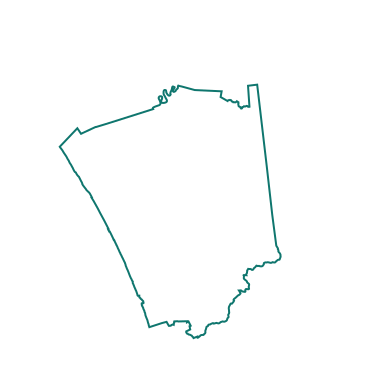 the district of Horowhenua District, Manawatu-Wanganui, New Zealand, rotated 321°
{"feature_id": "76426892B7250308358266", "entity_name": "Horowhenua District", "entity_type": "district", "adm_level": 2, "iso_a3": "NZL", "parent_name": "New Zealand", "parent_adm1": "Manawatu-Wanganui", "projection": "orthographic", "projection_center": [175.297, -40.577], "detail": "fine", "context": "isolated", "style": "outline", "palette": "teal", "viewbox_px": 384, "rotation_deg": 321, "n_neighbors": 0, "source": "geoboundaries", "source_scale": "gbopen_adm2", "svg_char_len": 5951}
<svg xmlns="http://www.w3.org/2000/svg" viewBox="0 0 384 384"><g transform="rotate(321 192 192)"><path d="M223.7,286.8L239.9,260.4L266.5,218.7L310.2,149.6L302.4,144.7L300.7,147.1L290.3,161.9L289.9,161.7L289.2,161.0L289.2,160.8L289.1,160.1L288.7,159.5L288.3,159.3L287.8,159.3L286.9,158.9L286.4,158.1L286.0,158.2L285.3,158.1L284.4,157.6L284.2,157.7L283.8,158.3L283.3,158.4L283.0,158.3L282.7,158.0L282.8,157.6L282.7,157.3L282.9,156.1L282.7,155.9L282.3,154.9L282.3,154.6L282.7,153.9L282.9,153.4L283.5,152.5L284.0,152.3L284.4,151.6L284.2,151.5L284.3,150.6L283.9,149.9L283.9,149.7L282.5,149.8L281.9,149.5L280.9,148.3L280.5,148.2L280.4,147.3L279.9,146.6L280.1,145.8L280.1,145.2L279.5,144.4L279.2,144.4L278.7,143.9L277.9,143.5L277.3,143.5L276.9,143.7L274.0,136.2L278.4,132.4L258.3,114.5L250.3,103.4L249.0,101.8L248.3,100.7L247.7,100.9L246.5,102.2L246.1,102.5L244.2,102.6L243.1,102.9L242.6,103.2L241.5,103.0L241.0,102.8L240.7,102.5L240.6,102.2L240.6,101.7L241.1,101.0L243.7,100.2L244.4,99.7L244.3,99.3L243.6,98.0L243.2,97.9L242.6,98.1L240.8,99.6L239.3,100.4L238.7,100.6L237.2,101.7L236.9,102.2L236.9,102.6L236.4,102.9L235.8,103.1L234.9,102.8L234.5,102.2L234.3,100.8L234.6,98.6L235.1,97.9L235.7,96.7L235.7,96.4L235.3,95.8L234.9,95.5L234.2,95.4L233.8,95.6L233.0,96.2L232.5,96.8L231.7,97.8L231.5,98.3L231.3,98.9L231.2,100.2L230.7,102.4L230.4,104.3L230.2,104.9L229.8,105.5L229.4,105.8L228.7,106.0L228.2,105.9L227.0,105.5L225.7,104.7L224.8,103.8L224.6,103.5L224.8,102.6L225.2,101.9L226.0,101.4L226.9,101.0L227.9,100.2L228.4,99.6L228.6,99.0L228.5,98.6L228.1,98.0L227.4,97.5L226.8,97.3L226.1,97.4L225.8,97.5L225.2,98.0L224.8,98.9L224.6,100.2L224.0,102.1L223.2,103.4L222.5,103.8L221.6,104.0L220.9,103.8L217.3,102.5L215.3,102.0L214.7,102.0L214.3,102.2L214.1,102.6L214.0,103.1L167.9,85.0L158.3,81.1L158.0,80.8L142.4,76.9L143.0,70.3L117.7,73.6L117.6,74.4L117.5,78.0L117.1,80.6L116.7,85.3L116.1,88.2L115.9,90.3L115.6,91.0L115.5,91.8L115.3,92.3L115.1,94.8L114.7,96.7L114.5,98.1L114.1,99.6L113.7,101.5L113.6,102.7L114.0,103.7L113.7,104.9L113.5,106.6L113.5,107.7L113.7,109.0L112.7,113.5L112.4,115.3L111.8,117.0L111.7,117.0L111.5,118.0L111.4,121.4L111.4,122.9L111.2,124.3L111.7,127.9L111.6,129.2L110.8,133.2L110.4,133.1L109.9,137.0L108.4,145.6L107.4,150.4L105.8,159.0L103.9,168.1L103.4,167.9L103.1,169.0L102.8,170.7L103.2,170.8L103.2,171.0L102.6,173.8L101.4,178.8L101.2,179.2L101.0,180.1L101.3,180.2L101.2,180.9L100.8,181.9L100.5,183.4L100.3,183.9L100.1,185.3L99.8,185.8L99.8,186.2L99.6,187.3L99.0,189.1L98.7,190.6L97.9,193.4L97.8,194.4L97.5,194.9L97.2,196.8L96.8,198.2L96.4,200.2L95.7,203.0L95.3,204.9L95.1,205.2L94.9,205.9L94.8,206.1L94.8,206.3L94.1,207.6L93.7,209.1L93.1,210.8L93.0,211.6L92.7,212.5L92.5,213.3L90.9,218.2L90.2,220.8L90.2,221.3L89.6,223.4L89.7,223.7L89.6,224.0L89.6,224.4L88.9,225.1L88.5,225.8L88.4,226.8L88.0,227.8L87.9,228.3L87.3,230.0L87.2,230.6L86.9,231.4L86.9,231.8L86.5,232.9L86.4,233.6L85.2,236.9L84.6,238.1L84.6,238.4L84.7,238.7L85.8,239.4L84.9,240.6L84.8,241.0L85.1,242.0L84.9,242.7L85.3,244.0L85.2,244.7L85.4,246.2L85.3,246.4L84.9,246.7L84.7,247.5L84.4,247.8L84.2,247.8L83.6,247.6L83.2,247.1L82.9,246.9L82.5,247.2L81.7,248.6L81.5,249.0L81.6,249.3L81.6,249.6L81.3,250.3L81.1,251.4L80.7,252.1L80.2,254.3L79.6,255.4L79.4,256.5L78.2,258.6L77.2,261.7L76.7,263.5L75.7,265.6L75.3,266.6L75.2,267.1L74.4,268.6L73.8,270.2L86.3,275.0L90.5,276.9L89.8,281.2L89.9,281.3L89.9,281.6L90.4,281.8L90.7,282.2L91.3,282.4L91.8,282.6L92.4,282.4L93.5,282.9L93.8,282.9L94.2,283.7L95.6,282.4L96.2,281.9L96.3,282.0L96.4,281.9L96.5,281.6L96.8,281.4L99.4,283.3L99.9,284.0L106.8,289.3L106.1,290.1L107.8,290.4L106.8,295.1L105.6,294.8L105.3,295.6L104.8,296.2L104.1,297.7L99.8,296.7L99.2,297.4L99.0,298.8L99.5,299.4L99.5,299.8L99.7,300.6L100.5,301.5L101.4,303.5L101.3,304.6L101.6,305.9L101.4,306.2L101.3,306.5L105.4,307.8L105.2,308.3L104.8,308.8L105.2,309.0L107.4,309.0L108.1,308.8L108.5,308.8L109.3,309.1L110.4,309.8L110.8,310.2L111.1,310.3L111.6,310.1L112.1,310.1L112.7,310.0L113.0,310.1L113.8,309.8L114.1,309.5L114.8,308.5L115.1,308.2L116.6,307.3L118.2,306.1L118.6,305.9L119.9,306.2L121.1,305.6L121.8,305.7L122.6,306.3L124.0,306.5L125.8,307.1L126.1,308.0L128.6,309.1L129.4,310.2L129.8,310.7L130.3,311.0L130.9,311.2L132.3,311.1L133.5,311.6L134.1,311.7L134.4,311.9L135.1,312.8L135.6,313.2L136.8,313.6L137.8,313.7L138.6,313.5L140.0,312.5L141.3,312.3L141.7,312.2L142.0,311.8L142.7,310.4L143.1,310.1L144.3,309.7L144.9,309.2L145.2,308.9L145.3,308.5L145.8,308.0L147.4,305.5L147.9,305.0L148.7,304.4L151.7,303.1L152.1,303.2L152.6,303.8L152.8,303.9L155.3,303.4L156.3,302.9L156.3,302.1L156.5,301.9L157.3,301.6L158.0,301.6L159.6,301.6L162.1,301.4L163.0,301.4L164.2,301.7L165.7,301.4L166.0,301.2L166.2,300.4L166.2,299.8L166.4,299.1L166.5,298.1L167.4,298.8L168.1,299.2L168.3,300.1L168.6,301.0L169.6,302.2L170.3,302.9L170.6,303.0L171.0,302.8L171.2,302.6L171.6,301.8L172.2,301.5L172.7,301.4L173.0,301.5L173.8,302.2L174.5,303.0L175.0,303.2L175.4,303.1L176.4,301.4L176.6,301.3L176.7,301.1L178.0,300.1L178.3,299.5L178.4,299.1L178.2,298.3L178.0,297.0L178.1,296.7L178.3,296.3L178.4,295.6L178.2,294.4L177.9,293.3L177.8,292.2L178.0,291.6L179.6,289.9L179.7,289.2L180.1,289.2L180.4,289.6L181.9,290.9L182.1,290.3L182.2,290.1L182.9,289.8L183.8,289.5L184.3,288.9L185.3,288.1L185.5,287.7L186.6,287.4L187.3,287.1L187.8,287.7L188.9,288.6L189.2,289.0L189.6,290.3L190.2,290.7L190.9,290.7L192.2,290.2L193.8,290.2L195.7,289.8L195.9,289.9L196.1,290.4L196.6,291.0L197.6,291.6L198.1,292.5L198.5,292.9L199.5,293.7L200.3,293.9L200.9,293.8L202.3,293.4L203.0,292.6L203.3,292.5L204.6,292.8L205.6,293.7L206.3,294.0L207.1,294.7L208.4,296.4L208.7,296.7L209.5,297.1L210.4,297.2L211.4,298.4L212.0,298.9L212.6,299.0L213.8,298.8L215.9,298.8L216.7,299.1L217.3,299.6L217.6,299.6L220.1,298.1L220.6,297.2L221.1,296.8L221.5,295.9L221.7,294.4L221.7,294.0L221.6,293.6L221.6,293.2L221.7,292.6L221.8,292.4L222.3,291.9L222.6,291.3L222.7,290.5L223.1,290.2L223.3,289.8L223.7,286.8Z" fill="none" stroke="#0f766e" stroke-width="2"/></g></svg>